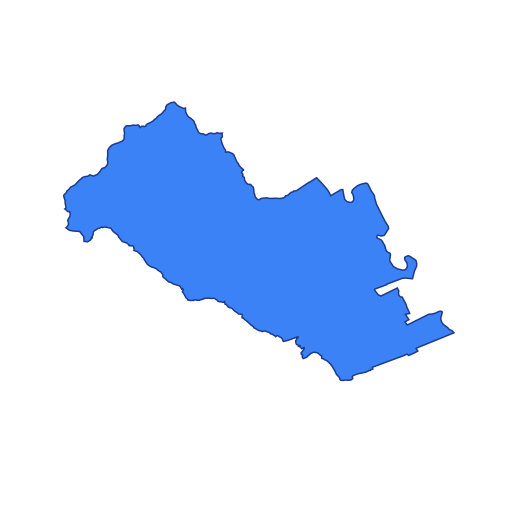 Saulesti, Gorj, Romania, rotated 322°
{"feature_id": "2599482B57041086191744", "entity_name": "Saulesti", "entity_type": "district", "adm_level": 2, "iso_a3": "ROU", "parent_name": "Romania", "parent_adm1": "Gorj", "projection": "mercator", "projection_center": [23.467, 44.815], "detail": "fine", "context": "isolated", "style": "filled", "palette": "blue", "viewbox_px": 512, "rotation_deg": 322, "n_neighbors": 0, "source": "geoboundaries", "source_scale": "gbopen_adm2", "svg_char_len": 6091}
<svg xmlns="http://www.w3.org/2000/svg" viewBox="0 0 512 512"><g transform="rotate(322 256 256)"><path d="M363.0,432.1L363.0,430.7L361.5,425.2L361.5,422.7L363.0,419.0L368.3,414.9L368.3,414.2L367.7,413.3L366.1,412.3L362.3,411.5L360.9,410.9L359.0,410.1L356.4,408.3L332.7,403.5L332.9,399.6L337.3,400.3L337.8,393.9L341.7,395.9L343.5,388.8L344.6,385.9L345.9,378.3L344.8,377.3L344.5,376.7L344.6,374.4L345.6,372.8L347.1,371.3L347.7,368.2L329.5,364.4L329.4,363.4L328.4,361.9L328.4,356.9L328.8,355.3L329.3,355.2L341.4,359.1L341.9,358.8L357.4,363.6L359.9,365.1L365.3,370.3L371.2,365.7L376.3,362.9L378.1,360.7L378.7,359.5L379.2,358.1L379.2,357.3L377.3,351.6L376.7,350.2L375.9,349.4L373.3,348.6L372.3,348.7L371.3,349.8L370.9,350.8L370.7,353.8L370.4,355.0L369.3,356.9L368.3,357.8L366.1,358.6L364.9,358.6L363.0,357.6L359.6,353.3L357.9,349.2L357.8,348.2L358.3,343.0L358.9,341.4L362.6,338.0L363.2,336.9L363.2,336.1L362.1,334.0L361.9,332.5L362.4,330.5L363.8,327.3L364.6,322.0L364.5,320.3L362.8,316.8L362.5,315.9L362.7,315.6L363.5,314.8L364.6,314.6L365.1,314.9L367.0,317.4L369.4,318.5L370.5,318.5L377.5,316.0L378.4,314.2L379.2,307.1L382.8,289.5L385.0,283.8L386.3,281.6L386.6,280.0L386.9,275.6L388.4,268.6L388.3,267.5L387.9,266.7L386.6,265.7L382.2,263.8L379.1,263.1L374.3,263.1L372.0,263.7L370.5,265.0L370.0,268.1L368.2,271.2L367.4,271.9L366.4,272.4L365.0,272.6L363.3,271.9L361.1,269.1L360.8,266.0L362.5,262.3L365.3,257.1L364.0,256.2L362.7,255.9L352.0,254.5L352.9,250.1L353.1,247.2L352.7,239.5L351.9,231.6L343.0,230.8L343.0,230.5L328.5,229.5L326.5,228.7L325.6,227.9L324.5,228.2L322.7,227.4L318.3,227.7L316.3,226.8L314.5,227.4L313.8,227.3L311.2,226.0L309.3,224.7L307.9,223.2L302.1,219.0L300.6,217.1L297.9,215.2L295.4,213.8L293.1,213.6L292.4,213.1L291.7,211.2L291.9,210.0L291.7,208.7L292.4,207.8L293.5,204.6L295.4,201.9L296.2,200.1L295.8,198.1L295.9,196.3L293.9,194.7L293.4,192.5L293.6,189.8L294.0,188.7L295.0,187.2L295.1,186.4L294.5,185.2L294.8,184.4L295.5,184.3L296.0,183.5L296.1,181.1L298.0,180.5L298.9,180.7L299.3,180.2L298.7,177.7L298.4,174.7L299.0,172.0L298.9,170.0L300.8,162.7L300.6,160.9L298.5,157.1L296.0,155.4L297.1,153.9L297.3,151.1L297.8,149.0L298.6,146.2L300.4,142.0L300.9,141.7L302.8,141.4L304.4,138.8L305.1,138.4L302.2,136.4L301.5,135.0L299.8,134.6L297.8,133.5L296.6,131.8L294.8,130.6L290.7,129.9L289.7,127.2L288.4,126.5L287.1,124.3L286.9,122.6L287.4,121.3L287.9,118.1L289.1,115.5L289.2,114.0L290.1,111.5L289.5,107.8L288.4,104.5L288.7,101.2L289.4,99.0L291.5,95.9L290.4,95.6L289.8,95.1L288.0,91.9L286.8,88.9L286.5,85.0L286.2,84.2L283.3,82.9L279.1,82.1L276.7,82.9L276.0,83.8L274.3,85.1L273.1,85.0L270.5,85.6L268.4,85.8L266.1,85.5L263.7,85.6L262.6,86.2L259.7,85.9L258.6,86.2L256.6,86.1L250.7,84.9L249.3,85.6L248.7,85.6L247.4,85.0L247.1,84.3L245.4,83.2L243.8,83.5L243.6,82.0L244.0,81.7L244.1,81.3L243.8,80.1L242.1,79.3L239.6,77.1L237.0,75.9L234.2,73.7L233.6,73.6L230.6,74.2L228.8,76.7L228.2,78.1L226.0,80.2L224.5,82.2L223.5,82.8L221.4,83.1L216.3,81.8L214.4,80.9L210.5,79.9L207.8,80.1L205.4,80.9L203.9,81.7L201.3,85.2L198.3,88.3L196.6,91.3L195.3,92.4L192.8,93.2L190.9,93.2L189.7,92.5L188.0,92.3L184.8,93.4L181.6,94.0L179.9,93.9L179.3,93.4L178.2,93.3L176.9,92.7L175.2,89.8L172.6,89.6L169.7,87.9L167.4,87.3L165.3,87.6L163.7,87.5L156.9,88.5L152.3,87.6L149.1,88.4L147.2,88.3L145.6,89.3L142.4,89.6L141.4,90.2L139.4,95.4L138.5,96.2L136.1,100.9L135.7,101.2L134.3,101.2L134.9,103.4L134.8,104.2L135.1,105.2L136.4,106.4L135.4,108.6L133.8,110.1L129.5,112.0L128.7,114.2L127.6,115.7L125.3,116.6L123.6,116.8L124.5,120.0L125.0,121.1L126.9,123.3L132.1,128.1L132.2,134.8L129.5,138.6L132.0,141.1L135.0,141.5L138.7,140.7L137.6,140.4L141.1,138.7L142.1,137.3L143.4,136.6L148.1,137.0L149.9,137.8L152.2,138.1L152.5,139.1L154.3,139.8L156.0,141.5L158.6,144.6L158.7,145.5L158.5,147.9L158.8,150.5L159.3,151.2L159.5,152.9L160.1,154.1L159.5,156.3L159.5,162.1L162.3,166.5L162.6,168.4L162.4,169.8L163.0,169.9L163.7,171.1L165.1,172.0L165.4,172.8L165.2,173.6L164.6,174.4L164.5,175.4L163.2,176.5L165.1,179.2L166.0,184.0L165.8,186.9L166.2,188.2L165.8,189.7L165.3,194.9L165.5,196.9L167.0,200.6L168.7,202.8L169.7,205.0L169.9,206.7L171.2,210.2L171.0,213.3L170.0,214.9L169.8,215.7L170.4,217.4L170.4,217.9L171.2,222.5L172.7,224.6L173.6,227.1L177.2,232.3L177.5,233.3L177.0,236.4L178.1,236.5L177.9,238.0L176.3,238.5L175.9,239.1L176.0,240.7L175.1,246.1L175.5,247.7L175.2,248.8L177.0,250.8L178.7,251.8L179.2,252.5L181.1,253.0L182.0,254.3L184.3,256.2L185.4,256.3L187.1,257.2L188.9,257.6L190.8,258.6L193.3,260.5L194.3,261.7L196.5,263.2L197.4,264.2L197.8,266.0L198.1,266.6L198.2,268.2L199.2,269.8L199.9,270.1L201.6,272.4L203.2,272.6L202.0,274.7L202.0,275.1L202.8,275.9L202.6,277.6L203.0,278.7L202.7,279.2L204.7,282.1L205.1,284.4L205.2,286.2L206.1,288.5L206.6,291.1L207.8,292.0L209.0,293.3L208.7,294.3L207.3,295.5L207.0,296.3L207.8,297.0L207.9,299.3L208.3,300.1L209.0,303.5L209.6,307.7L210.6,310.2L210.1,310.8L210.2,311.3L212.5,316.9L213.7,317.9L214.4,319.4L217.2,320.7L217.6,322.0L218.3,322.8L219.2,324.3L219.7,325.7L219.6,326.4L220.7,327.7L221.3,329.8L221.8,330.5L221.8,331.6L223.7,331.7L224.4,332.6L225.0,334.8L225.5,335.8L225.7,337.5L225.0,339.4L225.1,340.3L229.7,342.3L239.3,345.4L238.8,346.3L237.2,346.0L236.5,346.9L235.2,347.1L234.1,348.6L233.6,350.1L233.5,350.7L234.1,351.8L235.4,353.7L234.9,354.2L234.3,353.9L235.0,355.4L234.8,357.0L236.2,357.8L236.8,357.4L237.6,357.8L236.3,359.1L231.9,360.1L231.7,361.1L231.3,361.1L231.6,363.0L230.7,363.4L230.2,364.4L230.1,365.9L233.6,367.0L236.1,366.6L237.2,366.8L237.8,366.5L242.1,367.2L242.6,367.6L243.1,368.5L244.3,369.2L245.0,370.6L245.7,374.1L246.2,375.1L244.8,377.3L245.9,378.5L246.2,380.1L247.2,381.5L247.9,384.7L247.9,386.1L248.2,386.5L248.2,387.8L247.9,388.6L248.1,389.5L247.5,394.7L246.5,398.9L246.9,403.0L246.1,405.2L246.3,406.1L247.7,407.5L250.4,408.9L251.6,410.3L254.5,412.2L256.7,412.2L257.7,410.2L259.5,410.2L263.8,411.6L270.9,415.1L275.3,416.1L275.8,416.6L276.3,416.3L278.5,417.0L279.2,415.3L310.9,425.4L314.6,426.3L315.1,428.4L322.1,430.1L325.0,430.5L325.2,427.4L325.9,427.4L364.7,438.4L364.5,435.3L363.4,433.6L363.0,432.1Z" fill="#3b82f6" stroke="#1e3a8a" stroke-width="1.5"/></g></svg>